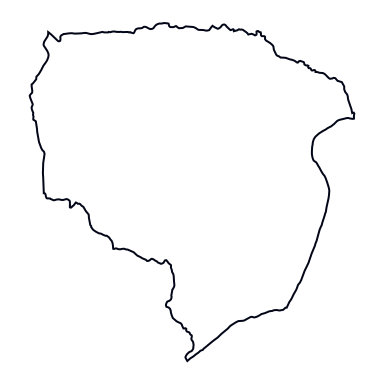 the district of Mendefera, Debub, Eritrea
{"feature_id": "51966322B17465014138668", "entity_name": "Mendefera", "entity_type": "district", "adm_level": 2, "iso_a3": "ERI", "parent_name": "Eritrea", "parent_adm1": "Debub", "projection": "natural_earth1", "projection_center": [38.816, 14.861], "detail": "fine", "context": "isolated", "style": "outline", "palette": "ink", "viewbox_px": 384, "rotation_deg": 0, "n_neighbors": 0, "source": "geoboundaries", "source_scale": "gbopen_adm2", "svg_char_len": 5784}
<svg xmlns="http://www.w3.org/2000/svg" viewBox="0 0 384 384"><path d="M286.7,307.7L289.3,302.1L291.5,298.8L293.7,294.2L296.3,289.7L297.8,285.6L298.3,284.5L299.8,282.8L301.2,280.1L304.6,270.9L308.4,263.1L311.7,253.4L315.0,245.5L315.3,244.0L316.5,241.1L319.6,229.8L320.9,226.7L321.8,224.9L322.1,223.4L324.8,215.0L325.4,212.8L325.8,212.1L326.6,207.0L328.5,198.5L329.0,195.1L329.3,190.9L329.1,189.2L328.6,187.0L327.2,182.5L325.6,178.0L324.5,175.8L323.2,174.3L321.6,171.8L320.1,169.0L319.4,167.6L318.5,166.3L316.6,162.9L315.8,162.0L314.7,161.4L313.6,160.5L312.9,158.9L312.3,156.7L311.9,154.2L311.9,151.0L312.2,146.4L312.6,144.8L312.8,142.5L313.5,140.1L313.9,139.0L315.5,136.6L319.1,133.4L322.9,131.0L325.7,129.5L327.7,128.1L331.2,126.3L334.2,123.9L337.1,121.0L339.0,120.0L347.1,118.0L348.4,118.0L349.2,118.3L352.5,118.9L354.0,118.6L353.9,115.9L354.3,113.6L353.8,112.7L353.3,112.7L352.2,113.1L351.4,109.1L348.3,100.1L347.9,98.2L347.8,96.5L347.1,94.4L345.2,92.0L344.2,89.3L344.2,86.4L341.8,82.1L337.5,80.8L335.3,78.2L334.5,78.0L333.5,77.9L332.5,78.4L330.0,78.8L328.8,78.1L325.3,74.5L323.9,73.5L322.6,73.0L319.6,72.8L317.1,72.0L315.5,72.0L315.3,70.6L314.8,70.2L314.1,70.0L312.6,70.5L311.7,70.4L311.2,69.8L310.6,68.5L309.9,68.1L308.7,68.1L308.2,67.4L308.2,66.6L308.4,65.8L307.5,65.4L306.3,65.5L305.5,65.2L304.4,64.4L304.3,63.5L303.7,62.1L300.3,60.9L299.0,61.2L298.4,61.7L298.3,62.3L297.6,62.6L297.0,62.5L294.6,60.8L292.4,59.9L290.0,59.4L285.6,57.8L280.5,57.5L279.1,56.4L277.4,55.8L276.3,54.8L273.9,49.9L273.4,46.4L272.4,45.0L270.1,43.0L266.0,40.5L265.0,39.1L265.1,37.4L265.0,36.7L264.5,36.3L263.9,36.1L262.0,36.2L261.2,35.6L260.9,34.8L260.9,33.2L260.7,32.3L259.4,32.1L258.1,31.0L257.2,31.1L256.5,31.6L256.6,33.8L256.4,34.7L255.4,35.3L254.8,35.3L253.6,34.5L251.6,33.8L248.3,34.5L247.3,33.1L245.8,31.9L242.8,29.8L242.0,29.6L240.0,29.6L238.9,29.3L237.3,30.3L233.9,31.2L233.8,29.8L233.1,29.2L231.7,29.8L230.4,30.1L228.1,28.0L226.7,26.6L225.4,25.0L224.3,24.5L223.3,24.6L222.6,24.9L221.8,25.5L220.6,27.2L218.7,28.5L217.8,28.8L214.9,27.4L213.6,26.6L212.5,25.8L211.6,26.8L209.2,30.1L207.3,30.6L206.0,30.6L203.2,30.0L198.9,29.9L197.8,29.5L195.8,28.1L194.4,27.4L193.2,27.0L185.7,26.4L182.8,28.0L178.8,28.2L176.8,26.7L176.3,26.1L175.6,26.1L174.4,26.8L172.7,27.2L170.1,27.0L169.1,25.9L168.6,23.7L167.8,23.4L164.0,23.0L162.0,23.5L159.6,23.5L157.8,24.0L156.3,24.8L154.9,26.1L153.5,28.1L152.3,28.8L150.5,29.1L148.6,28.4L146.3,27.1L144.9,26.8L143.9,26.8L142.1,28.0L140.8,28.3L138.5,28.3L136.6,28.9L135.8,29.4L135.0,30.7L134.2,32.5L133.5,33.2L132.3,33.0L131.0,32.5L130.1,32.5L129.9,32.1L128.5,32.3L127.9,32.0L126.5,32.0L122.5,32.1L121.0,31.8L119.1,32.0L117.8,31.8L117.1,32.0L114.7,31.5L112.2,31.6L110.4,32.2L108.7,31.9L108.2,32.4L104.1,32.4L102.5,31.9L95.6,33.5L92.3,34.1L90.2,34.0L86.5,33.0L84.6,32.9L81.8,33.3L78.1,33.5L74.8,33.6L71.7,33.2L69.5,33.3L64.2,34.0L63.6,34.0L61.0,35.6L60.4,36.7L60.3,37.2L60.5,39.0L60.2,40.8L59.2,41.3L58.1,41.1L51.3,34.6L48.2,32.1L48.2,34.1L47.6,36.3L47.0,37.3L44.2,41.7L43.9,42.7L43.6,44.2L43.6,44.9L43.9,45.8L47.2,50.8L48.1,52.8L48.4,53.8L48.6,55.3L48.2,57.5L47.2,60.1L45.9,62.3L43.4,65.7L41.2,70.1L38.8,74.1L36.4,76.7L36.2,79.2L35.5,80.2L33.0,83.3L31.6,84.5L31.7,86.7L32.3,90.9L32.1,92.7L30.4,94.5L29.7,95.8L30.5,98.6L32.7,104.1L32.6,105.1L31.8,106.8L31.6,107.9L31.9,109.5L33.3,113.1L33.0,114.9L33.5,116.5L33.3,118.4L33.3,119.6L35.8,121.3L37.0,128.8L37.2,131.9L39.0,142.0L41.2,148.0L42.4,150.2L43.8,151.5L44.1,152.1L44.5,153.5L44.5,154.4L43.2,163.2L42.9,173.2L43.2,177.7L43.8,193.2L44.6,193.2L45.2,193.9L45.7,194.9L45.9,196.7L46.7,198.2L47.1,198.4L49.5,198.4L50.1,198.5L50.5,199.0L51.4,199.2L52.2,199.7L53.4,200.2L54.6,200.2L56.3,199.6L58.1,199.4L59.5,199.4L61.1,199.9L63.1,200.0L65.8,199.2L66.6,199.1L67.5,199.3L68.6,199.9L69.7,200.9L69.9,202.0L69.9,204.4L70.1,205.3L69.8,205.9L70.0,206.6L69.9,207.3L70.3,207.6L71.3,207.5L72.6,206.1L73.2,205.8L74.6,204.2L75.4,203.0L75.8,202.5L76.6,202.8L77.9,203.8L79.5,203.7L80.1,204.1L81.6,205.7L83.4,206.9L85.9,211.2L88.6,214.4L88.8,215.6L88.9,217.8L90.3,225.1L91.1,226.0L91.2,227.0L92.8,229.4L93.7,230.2L95.9,231.7L98.1,232.9L98.9,233.3L100.8,233.6L103.8,235.1L105.6,235.8L106.7,235.7L109.1,237.5L110.6,239.7L111.5,240.6L112.5,242.9L112.9,245.2L113.2,248.8L113.8,249.0L114.3,248.9L115.0,248.6L115.9,248.4L116.6,248.5L118.5,249.2L120.4,249.3L121.4,249.0L123.9,248.7L126.3,249.5L127.5,249.5L133.6,252.2L137.3,255.6L140.7,257.2L141.9,258.1L145.9,259.8L147.1,261.0L148.7,260.8L149.7,260.3L150.7,259.3L151.8,258.8L153.6,259.4L154.7,260.3L156.8,261.4L157.9,262.5L161.0,263.8L162.5,263.4L163.6,262.7L164.8,260.6L165.2,260.3L166.3,260.2L167.5,261.6L168.7,263.3L170.9,265.0L171.0,265.7L170.9,267.4L171.8,270.1L172.2,272.2L173.3,274.1L173.7,276.1L174.0,281.2L174.4,285.2L174.1,286.7L173.0,288.9L172.4,289.5L171.3,295.7L171.6,296.6L171.3,298.5L170.9,299.4L170.4,300.0L169.2,300.9L168.4,301.1L167.2,301.7L166.4,303.2L165.9,305.0L166.4,306.8L168.4,307.4L169.9,308.6L170.7,310.5L170.9,312.5L171.8,315.5L172.8,318.0L176.7,321.4L180.9,323.4L181.8,324.6L182.3,326.1L183.4,328.4L183.9,328.6L185.3,328.2L186.2,328.7L186.2,330.4L186.6,331.2L187.1,331.7L188.7,332.1L189.5,332.7L190.4,334.5L191.7,335.4L191.8,336.0L191.8,336.9L191.3,338.7L191.5,339.6L193.1,342.0L193.6,344.8L193.2,348.8L191.9,350.8L190.9,351.4L189.2,352.1L186.8,354.4L185.7,356.5L185.4,357.3L185.8,358.3L187.3,361.0L190.3,358.4L193.4,356.4L196.2,354.1L198.3,352.7L200.5,350.7L202.8,349.9L203.4,348.9L204.9,347.7L212.7,341.2L217.7,337.5L221.4,333.9L227.8,328.6L230.0,326.2L231.0,325.4L235.9,322.3L238.3,321.1L242.8,320.8L244.4,320.4L249.8,317.4L251.0,316.9L252.2,316.9L253.6,317.3L254.7,317.4L256.7,316.8L259.6,315.3L261.4,314.1L265.0,313.1L269.3,311.3L272.3,310.9L274.0,310.2L276.4,310.0L279.6,310.5L283.2,309.8L285.5,307.7L286.7,307.7Z" fill="none" stroke="#020617" stroke-width="2"/></svg>